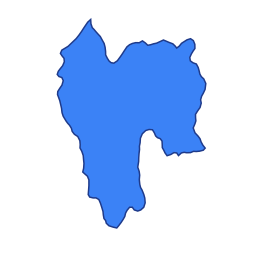 outline of Lontra, Minas Gerais, Brazil, rotated 190°
{"feature_id": "56859067B10787235242690", "entity_name": "Lontra", "entity_type": "district", "adm_level": 2, "iso_a3": "BRA", "parent_name": "Brazil", "parent_adm1": "Minas Gerais", "projection": "equal_earth", "projection_center": [-44.273, -15.841], "detail": "fine", "context": "isolated", "style": "filled", "palette": "blue", "viewbox_px": 256, "rotation_deg": 190, "n_neighbors": 0, "source": "geoboundaries", "source_scale": "gbopen_adm2", "svg_char_len": 2468}
<svg xmlns="http://www.w3.org/2000/svg" viewBox="0 0 256 256"><g transform="rotate(190 128 128)"><path d="M125.4,27.8L121.7,27.6L120.3,30.0L118.4,33.7L116.9,37.2L115.8,40.3L115.6,43.8L114.6,46.8L112.7,50.2L110.0,50.7L107.6,48.4L104.0,47.9L101.2,49.5L98.7,52.7L98.1,57.3L99.3,61.9L100.9,65.3L103.3,69.2L105.3,71.6L106.6,74.5L107.9,79.1L108.3,83.6L109.5,87.3L111.6,91.1L111.7,96.8L112.3,100.9L112.7,104.9L112.9,108.8L113.6,112.1L113.5,115.4L114.0,120.1L112.9,124.8L110.1,128.6L107.0,130.2L103.6,130.5L101.2,127.8L99.4,125.0L97.3,123.6L94.4,123.1L92.2,121.0L91.5,118.0L90.8,114.6L88.9,112.3L87.2,109.9L84.7,107.5L81.3,109.3L78.5,111.7L75.7,111.9L73.5,109.6L71.1,112.7L68.5,113.8L66.0,113.8L62.2,114.6L59.4,116.4L56.7,116.7L53.5,117.6L50.0,119.2L48.5,121.6L51.4,124.2L53.6,127.0L55.2,129.9L57.6,132.2L61.2,134.9L63.8,139.4L62.8,143.8L62.4,146.8L63.2,149.7L63.9,153.2L62.4,156.9L60.6,160.7L60.2,165.2L61.4,168.4L61.0,172.2L59.9,175.3L58.8,179.4L59.1,185.3L61.9,189.5L64.7,191.3L66.6,193.6L67.9,196.7L69.4,199.8L71.8,202.9L75.3,203.5L78.3,205.0L79.4,208.2L78.4,212.1L77.2,215.2L75.9,217.9L76.7,222.0L78.8,225.4L81.9,226.8L85.2,225.1L87.8,222.7L90.0,220.7L91.7,217.6L93.9,215.2L95.8,216.9L98.5,218.7L102.3,219.4L105.7,220.2L108.4,220.8L111.1,218.9L114.6,216.5L117.6,215.3L120.0,214.0L122.9,212.9L125.7,214.8L128.9,216.3L131.8,213.9L135.2,213.4L138.4,212.0L140.9,210.3L143.1,207.8L145.1,203.3L146.7,199.5L148.1,196.5L150.2,192.3L153.2,189.4L156.1,189.4L158.4,190.8L160.4,193.0L162.7,196.1L163.4,199.6L164.6,203.6L166.2,207.1L168.4,209.8L171.2,213.3L174.1,215.5L176.5,217.4L178.5,219.1L180.6,220.6L182.6,224.2L183.6,228.4L186.0,225.3L187.5,222.0L189.0,218.6L190.6,214.8L192.5,210.8L194.5,207.1L196.4,204.5L198.7,201.4L201.1,198.1L203.8,195.7L206.7,193.2L207.5,189.7L205.2,187.3L203.1,185.5L202.2,182.1L203.2,177.9L205.2,174.3L206.5,171.7L207.0,168.5L205.0,166.7L201.9,166.2L200.0,163.4L200.5,158.7L202.2,155.0L203.5,151.7L203.2,148.7L201.8,146.3L199.9,143.0L198.2,139.0L196.9,135.9L195.6,131.6L193.9,128.4L192.1,126.3L190.1,124.0L188.2,122.2L186.0,120.5L183.7,117.9L182.4,115.0L179.7,112.5L176.0,110.9L173.2,107.1L172.2,103.3L171.8,100.0L169.5,97.1L167.3,93.1L166.4,89.6L165.2,85.4L164.7,80.7L164.9,76.8L162.6,75.3L159.6,73.5L157.5,70.1L156.5,64.5L156.0,59.6L155.6,55.5L153.7,53.3L150.3,53.1L147.3,53.6L144.3,52.5L142.1,49.2L139.9,45.0L138.1,41.4L137.2,38.1L135.9,34.6L134.0,33.0L132.8,30.4L129.8,28.4L125.4,27.8Z" fill="#3b82f6" stroke="#1e3a8a" stroke-width="1.5"/></g></svg>